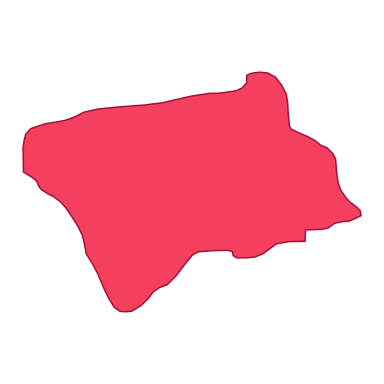 Douigni, Nyanga, Gabon (orthographic projection)
{"feature_id": "22940354B25852434445694", "entity_name": "Douigni", "entity_type": "district", "adm_level": 2, "iso_a3": "GAB", "parent_name": "Gabon", "parent_adm1": "Nyanga", "projection": "orthographic", "projection_center": [10.944, -2.448], "detail": "fine", "context": "isolated", "style": "filled", "palette": "rose", "viewbox_px": 384, "rotation_deg": 0, "n_neighbors": 0, "source": "geoboundaries", "source_scale": "gbopen_adm2", "svg_char_len": 1300}
<svg xmlns="http://www.w3.org/2000/svg" viewBox="0 0 384 384"><path d="M305.1,241.3L305.5,230.0L321.8,229.3L327.9,228.2L334.5,223.3L343.2,221.5L349.5,221.1L361.0,215.7L360.4,211.0L355.5,206.1L350.6,202.6L346.3,198.3L340.8,190.1L338.3,183.4L337.2,176.7L336.3,168.4L335.6,158.9L332.9,153.7L327.1,147.9L320.5,145.1L315.6,141.0L309.1,137.3L300.9,133.7L291.3,129.3L289.5,126.1L288.1,111.6L287.7,103.2L286.3,94.3L281.9,85.6L275.6,77.3L267.6,72.9L259.2,72.2L251.2,73.3L246.7,75.3L246.7,82.7L241.8,88.2L235.5,90.9L220.0,93.1L209.2,93.4L191.4,96.1L174.9,99.8L162.7,102.7L144.6,105.0L120.1,106.8L98.0,109.0L83.9,112.2L74.3,117.1L64.6,120.5L53.2,122.5L51.5,122.8L46.3,123.5L36.6,126.6L30.6,128.7L25.7,134.2L24.3,139.7L23.0,147.4L23.2,157.3L23.3,162.8L23.4,172.0L31.4,176.9L36.5,180.9L39.0,186.7L41.6,189.8L47.7,193.7L53.3,196.5L60.4,201.7L66.0,208.1L71.5,216.2L77.7,225.8L82.4,235.5L84.4,244.0L86.2,253.8L92.4,263.7L97.6,273.5L104.0,288.6L109.0,298.9L114.3,307.4L119.9,311.3L125.0,311.8L131.5,311.3L140.4,306.0L148.0,298.9L153.1,292.0L159.6,287.5L167.1,284.8L175.6,276.4L184.7,264.5L192.8,254.7L198.6,251.8L212.1,250.7L226.9,250.3L232.5,251.4L233.1,255.6L236.7,257.9L246.7,257.8L254.9,257.0L262.8,253.9L270.3,248.3L276.6,243.8L289.0,241.6L305.1,241.3Z" fill="#f43f5e" stroke="#9f1239" stroke-width="1.5"/></svg>